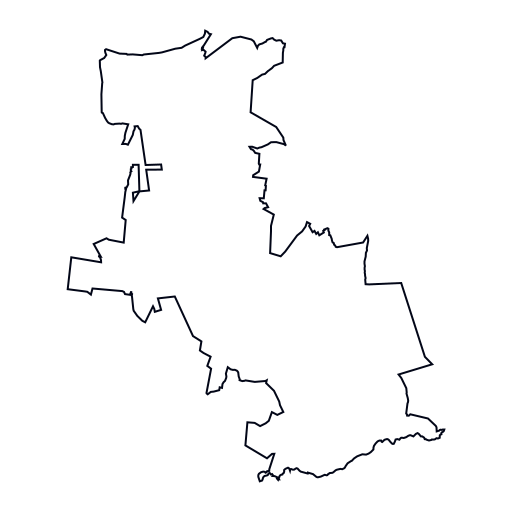 outline of Ezequiel Montes, Querétaro, Mexico
{"feature_id": "50627088B86896895761869", "entity_name": "Ezequiel Montes", "entity_type": "district", "adm_level": 2, "iso_a3": "MEX", "parent_name": "Mexico", "parent_adm1": "Querétaro", "projection": "equal_earth", "projection_center": [-99.842, 20.653], "detail": "fine", "context": "isolated", "style": "outline", "palette": "ink", "viewbox_px": 512, "rotation_deg": 0, "n_neighbors": 0, "source": "geoboundaries", "source_scale": "gbopen_adm2", "svg_char_len": 6031}
<svg xmlns="http://www.w3.org/2000/svg" viewBox="0 0 512 512"><path d="M444.3,429.5L442.9,429.5L441.4,429.9L440.5,429.7L439.9,429.9L439.2,430.6L436.7,431.4L436.5,427.3L435.8,425.9L428.0,418.5L410.3,414.3L408.8,415.7L407.1,415.6L407.0,414.5L406.2,413.5L407.5,403.3L407.9,402.5L408.2,400.8L407.8,398.2L406.5,393.5L406.7,392.5L406.3,388.2L401.3,378.0L398.6,374.5L432.2,364.3L424.9,356.8L401.2,283.0L369.2,284.4L365.6,284.2L365.2,279.6L365.6,278.1L365.1,275.8L365.0,273.9L364.7,272.8L364.9,271.1L364.6,269.5L364.6,267.7L364.9,266.2L364.5,263.7L364.5,261.4L365.7,256.6L365.9,252.8L367.0,250.5L366.8,248.1L368.2,240.9L368.1,238.7L367.4,235.8L363.1,242.5L337.0,247.2L335.7,246.8L335.2,245.5L334.1,244.7L333.8,243.1L332.6,242.4L332.0,240.6L331.7,238.8L330.3,235.3L329.2,235.1L329.2,232.4L328.4,230.7L328.4,228.7L327.4,228.2L324.3,229.5L324.6,230.0L323.2,230.9L323.8,232.5L319.3,235.3L317.9,232.3L316.2,233.9L314.5,230.9L312.6,232.2L309.1,226.0L310.2,223.8L307.0,222.1L305.6,226.5L302.1,231.4L297.1,235.5L285.2,251.6L280.7,256.3L270.1,253.1L271.0,231.2L271.0,225.9L273.8,214.6L263.6,209.0L264.6,208.1L268.1,207.2L266.0,203.3L263.2,203.3L263.0,202.2L260.3,200.8L259.6,198.2L263.8,198.3L264.5,190.3L265.6,190.3L265.9,185.8L265.2,185.4L266.6,178.7L253.0,176.9L253.2,175.2L258.9,171.6L260.2,164.5L259.2,164.5L258.8,163.6L259.4,153.8L255.2,152.9L253.8,150.8L252.5,149.6L251.0,149.2L249.5,146.8L252.1,146.7L257.3,148.5L259.4,147.6L261.5,147.2L267.9,144.4L270.9,142.3L271.8,142.2L276.3,142.1L284.1,144.2L285.9,145.6L283.5,140.1L283.3,137.6L276.2,127.0L250.6,112.3L252.7,80.2L257.2,78.0L262.1,74.6L265.0,73.9L267.8,71.2L272.0,68.1L274.1,65.8L282.7,62.5L282.9,52.8L283.3,50.4L283.3,48.8L283.9,47.2L284.5,47.2L285.0,43.7L282.9,43.3L281.2,40.5L279.1,40.2L276.3,40.7L274.1,39.6L272.6,38.1L271.0,38.4L267.1,39.9L265.8,41.8L265.0,42.0L262.4,43.5L259.3,44.4L257.9,45.8L257.2,47.9L253.8,41.3L251.4,39.5L240.5,36.7L232.3,38.2L205.6,58.3L205.6,56.9L204.2,55.7L205.3,53.0L205.6,51.7L203.5,49.8L202.2,50.1L202.8,48.2L201.9,48.5L202.0,47.7L204.1,45.0L210.9,34.2L209.0,33.7L207.6,31.9L205.2,30.7L204.9,33.7L203.3,37.0L199.9,38.8L185.1,45.6L181.6,47.8L175.3,48.7L161.9,52.4L159.0,52.9L143.8,54.5L142.3,55.2L132.7,54.4L127.3,54.6L126.6,53.9L119.6,53.6L106.1,49.2L105.0,50.0L105.0,51.1L105.4,52.9L106.3,55.0L104.2,58.0L100.1,60.2L99.8,60.6L100.0,67.2L100.8,71.2L102.4,82.5L102.2,83.2L101.4,94.3L101.7,112.2L101.8,112.6L102.9,113.1L105.1,117.9L106.8,120.8L108.1,122.5L109.2,123.2L111.8,124.2L113.6,124.4L114.8,123.9L119.4,123.6L121.1,123.8L122.4,123.4L128.2,124.3L125.4,132.8L124.8,135.9L124.7,138.9L122.3,144.0L125.8,143.9L127.9,144.7L132.8,134.9L133.5,131.3L134.5,129.6L134.9,127.8L134.6,126.4L137.7,126.1L139.1,128.6L140.5,129.9L145.6,165.0L161.1,164.5L161.8,169.6L146.2,169.7L149.1,190.5L139.4,191.4L133.5,201.1L132.9,192.7L139.4,191.2L138.6,164.8L132.9,164.8L132.9,167.0L131.2,167.3L131.5,168.6L130.8,169.1L130.8,170.5L131.4,171.3L130.3,172.3L130.5,173.6L130.1,175.0L128.0,180.4L128.2,184.4L126.7,187.3L125.3,187.7L125.3,188.9L126.0,189.1L125.3,192.0L124.7,197.4L122.1,217.6L125.7,220.0L123.7,242.6L108.8,239.7L106.5,238.3L93.7,244.0L100.7,256.5L99.1,256.1L99.0,256.5L100.1,257.4L101.0,260.1L101.1,262.3L71.3,257.3L67.7,289.2L84.8,291.4L87.3,291.8L90.9,294.6L92.5,288.5L122.3,291.1L124.0,291.9L125.0,294.1L129.9,294.8L131.3,291.3L131.3,293.1L132.0,293.9L131.7,294.3L132.0,294.8L131.7,295.7L132.0,296.6L133.3,309.1L133.7,310.8L137.3,315.9L142.3,320.8L145.2,322.3L153.0,306.3L154.3,309.0L154.8,311.8L161.1,309.9L157.9,298.4L174.8,296.5L193.0,336.1L201.4,341.4L199.9,350.5L203.7,353.1L210.6,356.7L207.3,365.9L211.1,368.7L206.5,392.9L206.6,393.4L207.7,394.3L210.8,391.9L213.7,391.6L219.2,390.2L219.7,387.3L222.0,387.9L222.5,384.0L223.6,382.2L225.0,380.9L226.2,377.9L226.4,376.5L225.9,373.6L227.8,367.2L230.6,369.3L232.9,369.9L234.3,369.8L235.1,369.9L236.9,370.7L237.4,371.2L238.2,372.3L238.7,376.4L239.9,379.8L238.8,379.9L242.3,381.1L244.5,380.8L245.5,380.4L254.8,381.9L265.5,381.0L266.7,380.3L266.1,383.1L274.0,390.8L279.2,401.5L280.0,405.2L283.3,412.0L277.3,414.9L271.9,412.1L268.8,420.8L265.7,423.3L260.1,426.1L254.7,422.9L247.4,422.3L245.4,445.4L267.0,458.3L272.0,453.9L274.3,453.8L269.3,469.2L269.2,470.9L267.6,471.1L266.8,471.4L266.5,472.3L265.5,472.7L265.1,472.1L264.5,471.8L263.2,471.6L261.1,472.2L258.9,473.8L258.3,475.1L258.3,476.8L259.8,481.3L262.0,480.6L262.6,479.5L262.9,478.1L263.5,476.9L264.5,476.0L267.1,475.4L268.0,474.8L268.6,473.5L269.4,473.0L270.0,473.2L271.1,474.6L272.1,474.1L273.3,475.7L273.0,476.0L274.5,476.1L277.1,477.2L277.4,477.6L276.9,478.5L278.1,479.9L278.3,479.4L279.1,479.4L278.5,478.3L279.2,477.6L279.2,476.7L280.2,475.3L281.3,474.7L282.4,474.5L282.8,473.6L283.8,472.9L284.2,471.5L284.1,470.8L284.2,469.9L285.5,468.8L288.0,467.7L288.8,468.1L289.4,469.0L290.0,470.7L290.3,469.2L291.0,469.0L292.9,469.7L294.2,469.6L295.6,468.6L296.6,468.2L297.6,468.6L299.5,470.7L300.7,471.6L307.6,473.5L307.8,473.5L307.9,472.6L312.3,473.9L313.0,474.1L316.4,476.9L317.2,477.2L317.9,477.3L320.8,476.6L324.7,474.8L326.7,475.3L327.4,475.1L328.1,474.1L328.6,474.0L329.5,473.1L332.4,472.8L333.3,472.3L335.6,470.3L336.9,469.7L340.4,468.9L342.3,469.2L344.1,468.3L344.8,467.7L345.7,466.0L347.6,463.3L351.0,461.1L351.7,460.9L354.1,458.4L357.2,456.3L362.3,454.3L366.1,454.6L368.6,453.6L370.8,452.1L373.4,449.5L373.5,447.5L374.0,445.8L375.6,443.5L377.6,441.4L379.5,440.5L381.1,440.5L381.7,441.8L382.2,442.0L384.5,439.8L386.7,439.1L387.6,439.1L388.8,439.9L390.2,441.7L391.9,443.5L392.5,443.9L393.7,443.9L394.8,441.8L395.6,439.5L397.3,439.1L399.4,439.7L400.2,438.6L401.1,437.8L401.9,437.7L403.5,438.0L404.9,437.7L405.2,437.4L406.2,437.2L408.1,435.9L409.5,435.3L410.5,435.2L413.4,436.4L415.9,433.9L417.6,433.1L418.9,434.0L420.9,436.4L422.3,436.4L424.2,437.7L424.7,439.1L425.8,439.1L426.3,439.6L429.0,440.5L431.5,439.9L431.8,439.5L434.2,439.5L435.2,439.2L436.0,438.5L436.6,438.2L437.9,438.5L439.7,437.8L439.8,435.3L440.5,434.6L441.4,434.3L441.3,433.4L441.4,432.9L441.9,432.3L443.0,431.8L443.8,431.0L444.3,429.5Z" fill="none" stroke="#020617" stroke-width="2"/></svg>